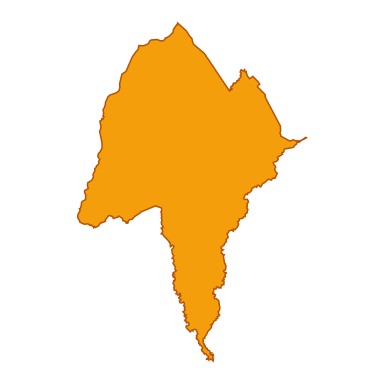 Algarrobo, Magdalena, Colombia (Albers equal-area conic projection)
{"feature_id": "7082276B14520345470413", "entity_name": "Algarrobo", "entity_type": "district", "adm_level": 2, "iso_a3": "COL", "parent_name": "Colombia", "parent_adm1": "Magdalena", "projection": "albers", "projection_center": [-74.106, 10.222], "detail": "fine", "context": "isolated", "style": "filled", "palette": "amber", "viewbox_px": 384, "rotation_deg": 0, "n_neighbors": 0, "source": "geoboundaries", "source_scale": "gbopen_adm2", "svg_char_len": 6004}
<svg xmlns="http://www.w3.org/2000/svg" viewBox="0 0 384 384"><path d="M306.4,137.8L305.6,137.4L302.0,140.0L299.6,140.9L295.7,140.8L293.3,139.8L289.9,141.1L280.8,136.1L280.8,134.8L279.9,133.2L280.6,131.1L280.4,126.1L265.5,97.8L265.0,94.4L257.5,86.9L257.5,86.1L259.7,84.2L258.0,81.6L252.8,76.4L249.7,78.7L248.1,77.0L246.7,74.2L246.2,71.7L245.7,72.2L245.1,71.8L244.6,69.6L243.3,70.9L241.7,70.4L241.5,69.8L240.7,70.2L240.2,72.2L241.4,73.4L240.2,75.3L241.0,76.0L240.7,77.3L239.2,78.7L238.7,80.4L238.1,80.1L237.4,81.1L236.8,81.0L236.7,81.9L235.7,83.0L234.8,83.5L234.0,82.9L233.2,83.4L233.4,84.6L232.6,85.0L232.1,86.4L231.3,86.4L230.8,87.0L230.9,88.4L231.9,88.8L232.0,89.4L230.1,89.3L230.5,90.6L229.4,90.9L204.3,53.4L193.8,44.5L192.8,42.7L191.9,38.5L189.5,35.9L186.4,31.0L177.6,23.0L177.1,25.1L176.5,25.0L173.5,29.3L172.9,32.4L170.1,35.5L166.8,37.7L165.4,37.9L164.8,39.3L163.2,40.8L160.6,40.8L157.0,39.5L151.1,40.0L149.6,41.1L148.8,43.0L147.4,44.2L143.7,45.7L138.8,45.6L138.2,49.5L136.4,51.2L132.4,56.7L126.0,71.4L121.9,74.2L119.6,83.8L119.9,87.4L118.9,90.8L116.5,92.7L109.9,95.1L108.0,96.7L105.5,102.3L105.2,105.1L104.2,107.9L103.1,109.6L103.6,113.6L103.0,116.5L103.9,116.9L102.7,119.3L101.9,118.7L101.4,120.3L99.8,121.2L101.0,126.6L100.7,128.9L99.6,131.2L102.0,142.6L102.0,148.2L99.8,152.2L98.5,153.5L98.0,155.2L97.9,156.7L99.8,159.6L98.5,161.5L99.0,163.1L97.9,165.0L96.6,165.6L95.9,167.7L94.6,168.8L95.0,170.5L93.0,174.5L93.4,176.9L92.2,179.5L91.0,180.9L87.9,182.5L87.4,185.2L88.2,188.7L84.8,190.4L84.5,191.5L85.1,193.9L86.0,195.4L85.5,197.0L85.6,199.5L82.3,201.4L81.5,202.6L81.3,205.5L80.2,208.6L79.5,208.7L80.1,210.6L78.0,214.3L77.6,217.5L79.8,221.3L79.7,221.9L81.4,223.0L84.3,224.2L88.1,223.9L90.0,225.5L91.2,225.0L92.7,226.5L93.3,226.4L93.8,227.8L94.7,226.9L95.6,227.5L96.4,226.7L97.7,226.6L101.1,222.4L101.9,222.9L103.9,221.6L104.8,221.8L105.4,221.3L105.0,220.9L105.9,219.2L108.5,215.8L110.7,215.6L111.3,216.3L112.6,216.5L113.2,218.3L114.1,218.6L115.2,217.7L117.7,217.3L118.3,216.2L119.0,216.2L122.5,218.5L122.8,220.7L124.4,220.9L126.1,222.3L126.1,223.1L127.7,223.2L128.1,222.8L127.6,221.6L128.9,220.9L129.3,219.8L132.4,219.1L134.6,216.5L140.5,212.7L140.8,212.0L155.4,205.9L161.0,207.7L161.6,208.8L161.6,211.3L160.9,211.9L161.5,213.4L161.3,215.0L162.1,216.4L161.2,217.7L161.9,219.3L161.8,221.9L161.2,222.3L161.7,224.4L163.2,227.0L161.2,228.0L161.3,228.7L162.3,229.1L162.6,232.0L161.2,233.8L163.0,234.5L163.6,235.7L169.0,241.4L169.3,242.4L170.1,242.6L170.3,246.7L170.7,246.8L172.2,245.2L173.9,246.0L173.5,247.5L171.8,249.6L172.3,253.8L173.8,255.9L172.1,258.3L173.2,258.6L174.0,260.3L174.1,261.4L173.2,262.5L173.1,263.6L175.2,266.6L175.0,269.5L176.3,270.8L173.0,273.0L174.1,274.5L172.9,274.5L172.5,275.1L173.5,277.3L174.6,276.8L175.2,279.3L175.0,280.1L173.7,280.5L174.2,281.5L173.4,281.9L173.0,283.3L174.6,285.8L173.8,287.1L174.3,287.9L173.9,289.2L174.4,290.3L175.9,290.2L176.9,292.1L175.9,293.8L177.1,294.2L177.7,295.1L178.9,294.8L179.4,293.3L180.5,293.9L180.0,295.7L180.6,295.8L180.5,296.3L178.7,297.5L178.9,298.3L180.8,299.6L179.4,301.0L180.0,302.7L181.8,303.0L183.1,302.0L184.2,302.7L184.2,304.7L183.6,305.7L185.0,307.0L185.0,307.8L184.4,308.3L185.0,310.4L182.9,311.8L184.7,313.5L184.3,315.1L186.2,315.1L184.6,316.7L186.5,317.4L185.5,319.6L184.7,320.2L185.2,320.9L186.1,321.1L186.0,321.9L186.8,323.0L188.0,322.2L189.1,323.6L188.9,325.1L186.1,326.1L186.1,327.4L188.1,329.8L188.9,329.9L190.1,331.9L191.5,330.5L192.9,331.0L192.8,330.1L193.5,329.5L194.8,329.4L196.7,330.4L197.3,333.2L197.9,333.8L196.4,335.6L196.8,336.7L196.2,337.7L196.7,338.8L197.3,338.9L197.1,339.4L198.6,340.3L198.7,343.5L200.0,344.1L199.8,345.0L201.2,345.5L202.6,347.5L202.3,348.8L201.5,349.5L202.0,351.1L203.3,352.0L203.5,353.0L204.9,353.6L204.8,354.0L205.8,353.8L207.5,355.9L208.8,356.4L208.1,358.2L207.0,358.3L206.6,359.3L208.1,359.4L208.7,360.0L208.7,359.0L210.0,359.0L210.5,359.6L212.1,359.6L213.1,361.0L213.4,360.0L212.4,359.1L213.4,358.5L212.8,357.4L212.9,356.1L213.4,355.9L213.0,355.2L213.2,354.3L212.5,354.1L211.8,355.1L211.3,355.0L210.1,353.8L211.2,352.9L210.3,352.8L209.6,350.9L207.4,349.7L207.2,348.4L205.7,347.9L205.3,346.1L204.3,345.8L204.7,344.9L203.3,342.9L203.0,341.7L203.5,341.1L202.9,339.9L203.4,338.6L204.8,338.2L204.6,337.3L206.9,333.9L207.5,332.0L211.0,328.0L211.8,326.0L210.9,324.7L212.5,324.2L213.7,321.4L216.2,320.0L215.8,319.0L217.7,318.3L217.2,316.7L218.1,316.6L219.6,315.1L218.4,314.5L218.8,313.6L218.1,311.7L219.3,310.5L219.9,308.1L218.6,300.5L216.2,298.6L214.5,298.5L214.2,296.7L215.1,296.3L215.5,294.9L214.6,294.6L214.2,293.6L213.0,294.1L212.6,293.3L213.7,291.3L213.9,288.7L215.3,289.1L216.4,288.6L216.3,287.3L217.5,286.7L219.0,288.0L219.6,287.6L220.8,288.0L221.1,286.3L222.1,285.5L222.0,284.6L223.8,284.7L224.1,281.8L222.5,280.9L222.3,280.3L224.2,279.8L223.7,277.8L225.5,276.7L225.0,274.1L226.3,273.2L226.1,272.5L224.5,272.3L223.5,271.4L223.9,270.4L225.5,269.9L226.0,265.9L225.4,265.0L225.4,264.0L224.6,263.3L224.1,260.7L223.5,256.1L224.2,254.8L223.0,254.7L222.4,253.7L221.2,253.0L221.8,250.6L223.3,249.8L221.3,248.9L221.1,247.2L224.0,245.1L224.5,243.7L226.4,241.5L226.0,239.7L228.2,237.3L227.0,233.7L228.4,232.7L228.8,231.1L231.6,230.0L233.4,231.2L233.4,229.2L235.0,229.7L237.6,226.7L238.7,224.1L237.6,221.9L239.2,220.7L239.2,219.0L242.7,218.3L243.5,216.8L245.2,216.6L245.2,214.2L247.2,212.7L247.2,211.1L248.0,209.6L246.5,207.7L247.3,206.7L247.1,203.6L248.1,202.7L248.4,201.1L247.3,199.3L244.7,199.4L243.6,198.6L245.4,194.4L246.0,194.1L247.5,194.6L247.8,193.0L249.7,192.5L251.6,190.5L251.9,188.5L254.8,186.8L255.7,186.6L256.8,187.2L257.3,185.5L259.0,185.3L259.9,186.7L260.8,186.9L262.8,183.4L264.6,182.7L268.2,179.3L271.4,180.1L272.6,178.3L275.0,178.3L277.3,173.2L276.0,172.2L274.6,169.4L275.7,167.2L274.8,165.3L273.8,164.6L273.2,162.4L275.8,161.7L277.5,160.6L278.3,159.0L277.4,157.8L277.5,157.3L282.5,154.3L281.9,152.8L283.9,151.9L283.9,150.2L284.7,149.0L293.3,147.4L295.1,145.1L296.6,144.1L297.1,142.1L299.2,142.2L300.6,140.9L306.4,137.8Z" fill="#f59e0b" stroke="#b45309" stroke-width="1.5"/></svg>